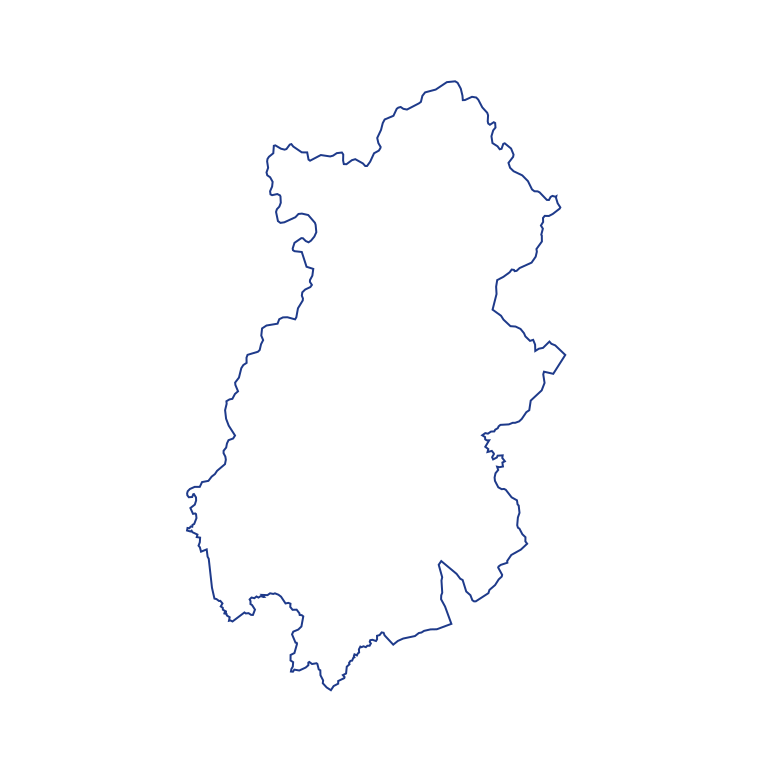 Pacula, Hidalgo, Mexico, rotated 11°
{"feature_id": "50627088B29621121298920", "entity_name": "Pacula", "entity_type": "district", "adm_level": 2, "iso_a3": "MEX", "parent_name": "Mexico", "parent_adm1": "Hidalgo", "projection": "robinson", "projection_center": [-99.322, 21.003], "detail": "fine", "context": "isolated", "style": "outline", "palette": "blue", "viewbox_px": 768, "rotation_deg": 11, "n_neighbors": 0, "source": "geoboundaries", "source_scale": "gbopen_adm2", "svg_char_len": 6150}
<svg xmlns="http://www.w3.org/2000/svg" viewBox="0 0 768 768"><g transform="rotate(11 384 384)"><path d="M517.3,166.8L516.5,167.5L513.5,167.2L511.9,168.5L510.8,171.9L508.7,172.2L500.2,166.2L498.1,165.6L494.9,166.1L492.2,164.8L486.6,157.4L479.9,152.8L470.6,150.4L466.5,147.7L464.0,143.2L467.4,136.4L467.4,134.1L463.8,128.6L456.6,124.7L455.3,125.5L454.5,130.7L452.8,131.5L450.1,129.0L444.5,126.8L442.2,120.3L442.8,114.2L444.5,111.0L443.3,106.6L441.8,106.1L438.5,109.3L436.6,108.4L435.7,106.4L434.9,100.4L433.6,98.1L427.7,93.7L422.3,86.9L419.9,85.2L415.6,85.3L409.3,89.8L407.2,90.3L406.0,86.0L403.0,79.4L398.8,74.3L396.1,73.3L388.1,75.7L378.6,85.1L368.7,89.9L366.7,93.8L366.4,100.0L364.8,101.8L354.2,110.2L350.5,110.2L347.5,108.9L345.3,110.0L344.0,111.4L342.1,118.9L334.2,124.2L333.0,128.1L332.6,135.1L330.4,143.8L332.5,148.6L335.5,152.0L335.4,153.3L334.4,155.9L330.2,159.4L328.0,168.4L325.8,173.2L324.0,173.6L321.2,171.5L312.9,168.8L309.8,170.4L305.2,175.4L302.6,175.8L301.2,172.4L300.2,166.5L298.5,164.8L293.6,166.4L290.4,169.6L287.7,170.9L278.3,171.3L268.8,178.9L267.1,178.1L264.4,171.3L259.1,172.3L249.6,168.2L247.3,166.2L245.8,167.0L243.4,172.0L241.7,172.9L238.0,172.7L231.8,170.5L230.4,171.2L231.3,178.6L227.7,182.9L226.7,185.3L226.8,187.8L229.0,193.9L228.3,198.7L229.6,201.4L232.8,202.8L236.1,206.8L236.5,211.5L235.4,216.5L236.4,219.5L238.1,220.0L243.0,217.9L245.9,218.7L246.6,219.7L248.1,225.8L247.4,229.9L245.5,232.9L245.2,235.7L248.8,244.3L251.6,245.6L255.3,244.3L265.2,237.2L267.6,233.4L270.9,232.4L277.4,232.6L285.4,238.9L286.5,240.8L288.6,247.9L287.5,252.6L285.0,257.2L282.9,259.3L279.9,258.6L276.6,256.4L275.0,256.6L269.2,262.5L268.5,268.4L269.1,270.0L270.8,270.7L278.1,270.1L285.6,283.7L292.6,284.5L293.0,291.3L291.5,296.1L291.8,297.9L294.3,300.5L293.2,302.9L288.6,306.3L286.3,309.6L286.5,313.0L288.1,315.5L288.3,317.5L285.1,326.1L285.2,335.2L284.4,337.5L276.4,336.9L272.1,337.9L268.8,340.4L268.0,345.1L257.5,349.0L253.7,352.7L254.3,359.9L257.0,364.0L255.7,368.4L255.5,374.3L254.1,376.4L244.5,381.4L244.0,384.4L245.1,389.5L242.3,392.2L240.9,395.7L240.4,405.4L237.6,411.0L238.3,413.3L242.1,419.0L239.6,422.2L238.0,427.5L235.3,428.6L232.6,431.0L233.3,433.4L233.0,440.0L235.6,448.2L239.5,454.5L247.6,463.0L246.3,466.3L242.1,468.8L241.2,472.3L241.2,476.5L239.3,480.1L239.7,482.5L242.1,485.5L243.2,488.5L243.2,493.0L236.7,501.1L235.2,504.7L232.5,507.8L230.1,512.6L224.1,515.0L222.8,520.1L217.8,521.1L213.5,524.1L211.8,526.7L211.6,528.9L212.2,530.8L214.0,532.4L217.3,531.5L217.8,528.6L218.4,528.3L221.1,531.2L221.8,534.2L221.3,538.5L217.6,542.7L221.3,547.9L223.4,547.1L224.3,547.6L225.5,551.4L224.4,557.6L222.9,558.8L223.0,560.7L221.4,560.8L220.5,562.7L218.6,562.8L218.6,565.4L222.1,565.7L223.1,564.7L224.1,566.0L229.6,567.4L229.4,570.0L232.8,569.9L233.4,574.5L232.8,578.1L234.4,579.4L236.4,583.5L241.5,580.2L243.8,587.2L245.3,589.0L254.0,616.8L258.5,627.0L260.6,627.1L263.5,628.5L264.7,628.1L267.3,630.2L266.2,633.5L268.4,634.4L268.9,636.3L272.3,637.4L272.4,638.3L271.2,638.7L271.1,639.7L273.3,639.8L273.9,641.2L277.0,642.4L277.0,646.0L278.3,645.4L280.6,646.0L290.6,634.9L292.1,635.6L294.8,634.8L297.6,636.0L299.4,635.7L300.4,630.1L296.7,626.2L294.9,625.5L294.4,622.6L293.2,621.1L294.7,618.9L297.6,619.0L299.4,616.9L301.5,617.6L303.5,615.7L306.4,616.1L307.0,615.9L304.5,614.3L309.9,613.5L312.1,611.2L315.4,611.2L316.9,610.3L320.6,611.0L323.5,612.4L329.2,618.2L331.9,617.1L334.1,617.5L334.5,620.7L337.3,623.1L341.3,622.2L344.7,625.2L345.3,626.8L347.3,626.6L349.1,627.5L349.2,637.8L346.7,641.4L342.2,644.4L341.5,647.3L346.5,654.8L347.7,654.7L348.2,655.7L347.4,665.2L344.0,667.8L345.0,673.2L347.9,674.4L348.4,678.8L347.5,681.4L347.5,684.0L349.5,683.8L350.5,681.5L355.5,681.4L361.2,677.3L363.4,674.5L362.9,671.9L363.7,671.1L366.8,672.6L371.0,671.0L372.0,671.5L374.4,676.6L376.1,677.2L377.2,682.0L380.8,686.6L381.0,689.4L385.6,692.8L390.3,694.7L392.2,690.1L396.2,686.9L395.7,684.3L401.1,680.3L401.2,679.2L399.2,677.6L402.0,675.4L401.4,668.6L403.6,665.7L402.9,664.5L403.9,662.2L405.5,661.6L406.1,658.7L407.1,658.0L406.3,656.9L406.6,655.0L409.2,655.6L409.7,653.5L410.8,652.3L410.0,649.3L410.9,646.3L412.2,646.6L413.9,645.4L416.4,645.8L417.6,644.1L419.8,643.7L420.6,641.2L419.2,639.8L419.4,638.1L421.4,637.3L425.2,637.8L425.9,635.9L425.2,632.5L427.6,631.3L429.1,628.3L431.1,628.3L432.5,630.6L442.8,638.1L446.6,633.6L451.4,630.2L462.5,625.5L465.7,621.8L468.2,620.8L470.4,618.7L476.5,616.0L482.6,614.7L495.9,606.6L486.4,590.8L481.1,584.4L480.5,580.5L481.0,577.8L477.9,565.9L478.0,562.6L472.2,551.0L474.0,546.9L491.6,556.6L496.0,560.6L498.6,561.4L504.3,572.0L509.1,574.8L512.0,579.4L513.9,580.2L515.6,579.8L526.4,569.4L526.8,566.0L531.4,560.2L533.9,553.9L536.3,550.6L536.4,548.8L531.1,542.4L531.3,541.3L533.1,539.3L539.2,535.9L538.7,534.2L541.6,527.5L549.9,520.5L555.0,513.5L552.8,511.5L552.1,507.4L548.5,505.1L544.5,500.1L542.9,499.5L541.7,497.2L540.9,489.5L541.6,484.6L539.4,477.6L538.1,476.7L536.7,472.8L530.9,470.9L523.7,464.6L521.8,464.1L519.6,464.8L515.9,463.6L511.4,457.9L510.4,454.7L510.5,450.3L512.5,446.6L510.8,443.6L513.3,443.6L516.5,442.3L515.2,438.5L517.4,436.8L514.2,434.0L514.1,431.4L509.2,432.7L508.8,434.6L505.5,437.2L504.1,435.2L505.3,431.7L504.9,431.1L502.6,429.1L498.6,431.0L498.8,428.0L495.4,426.3L498.0,419.2L495.5,419.7L493.9,419.0L493.3,416.8L490.2,415.6L492.8,412.9L495.5,412.9L498.1,410.3L501.3,409.5L501.9,407.6L504.1,405.7L504.6,403.7L506.1,401.9L514.3,399.8L517.8,397.5L520.1,397.1L523.8,394.9L525.9,392.0L529.1,384.5L531.6,382.0L531.2,372.3L540.0,360.2L541.4,352.3L538.5,344.2L538.7,341.4L548.2,341.7L556.4,320.9L544.7,313.4L540.6,312.6L538.3,310.8L533.2,318.2L529.3,319.8L526.2,322.7L524.8,316.5L522.0,312.2L519.1,313.8L513.7,310.3L511.7,307.4L507.5,303.9L502.2,302.5L497.1,303.1L489.0,298.0L485.9,294.7L476.4,290.3L477.3,274.2L475.5,267.1L475.3,260.4L480.8,256.0L486.0,250.4L487.5,247.3L489.8,247.2L490.7,248.3L492.6,247.6L495.0,244.3L505.7,236.7L508.6,230.1L508.8,225.0L507.9,222.4L511.8,214.0L510.6,208.2L509.9,207.5L510.3,201.2L507.8,198.5L509.3,194.6L508.4,190.7L509.7,188.3L513.8,187.6L517.2,184.9L523.0,178.3L523.4,177.0L520.0,173.5L517.3,168.4L517.3,166.8Z" fill="none" stroke="#1e3a8a" stroke-width="2"/></g></svg>